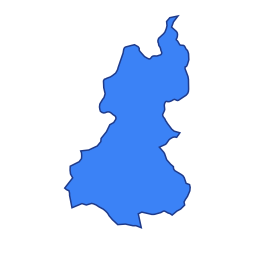 the District of Wangdi Phodrang, rotated 349°
{"feature_id": "BTN-2487", "entity_name": "Wangdi Phodrang", "entity_type": "District", "adm_level": 1, "iso_a3": "BTN", "parent_name": "Bhutan", "parent_adm1": "", "projection": "albers", "projection_center": [90.204, 27.588], "detail": "fine", "context": "isolated", "style": "filled", "palette": "blue", "viewbox_px": 256, "rotation_deg": 349, "n_neighbors": 0, "source": "natural_earth", "source_scale": "10m", "svg_char_len": 2995}
<svg xmlns="http://www.w3.org/2000/svg" viewBox="0 0 256 256"><g transform="rotate(349 128 128)"><path d="M137.5,217.8L135.0,217.4L125.5,213.2L121.7,214.2L122.0,228.4L117.2,225.4L114.3,224.9L107.1,221.8L99.5,220.9L95.2,215.0L92.8,210.7L91.9,208.2L91.4,207.2L90.1,205.2L88.3,203.0L84.3,199.7L82.1,197.5L79.4,195.7L77.8,195.1L72.4,195.6L68.4,193.4L57.8,195.6L57.8,183.0L58.2,180.7L58.1,178.6L57.8,178.1L57.3,177.8L55.8,176.7L54.4,174.9L64.2,166.4L62.8,162.2L63.1,158.3L64.0,154.5L73.6,151.8L76.5,149.2L77.2,146.6L77.5,144.4L77.6,143.4L77.2,141.5L77.5,141.5L85.1,142.1L85.3,142.1L94.4,139.8L98.7,136.2L99.6,133.1L106.1,127.6L110.8,121.3L115.0,119.9L117.6,117.2L118.1,116.0L118.0,114.4L117.4,113.5L115.9,112.0L114.4,110.1L113.1,108.9L111.8,108.4L110.5,108.3L108.1,108.7L106.8,108.5L105.5,107.8L104.1,106.3L103.9,104.2L104.0,101.9L104.5,100.4L104.9,99.2L105.7,98.2L108.5,95.1L110.3,93.5L112.1,90.0L111.9,83.8L112.9,77.1L113.4,76.4L114.2,75.6L115.0,75.6L115.8,75.4L116.8,75.1L120.5,74.5L122.5,73.7L126.3,71.8L127.9,70.0L129.1,68.4L129.8,66.9L137.5,53.5L138.8,50.0L139.6,48.8L140.5,48.2L141.3,48.0L147.4,47.6L150.3,47.5L153.4,50.1L154.0,51.3L154.2,52.2L154.0,52.8L153.9,53.3L153.9,53.9L154.3,55.1L157.9,61.1L160.4,63.3L161.9,64.3L163.0,64.2L163.9,63.6L165.0,62.6L166.1,62.2L167.3,62.2L169.8,62.8L170.9,62.8L172.1,62.6L174.0,62.4L175.0,61.7L175.5,60.6L175.4,59.4L175.1,58.1L175.1,56.1L174.9,55.2L174.6,54.1L174.1,53.2L174.0,52.2L174.1,50.6L173.8,49.4L174.1,47.7L175.2,45.8L180.9,42.3L182.6,40.8L184.6,37.7L185.8,35.0L186.2,30.8L189.0,28.6L190.1,27.7L198.4,27.6L192.9,32.5L190.0,37.3L194.0,42.6L194.5,44.0L194.5,45.5L194.0,47.3L193.5,48.4L193.0,49.2L192.5,49.7L192.3,50.1L192.2,50.6L192.4,51.0L193.0,51.7L193.5,52.7L194.0,54.3L194.5,55.6L194.9,56.4L195.4,56.7L197.6,57.3L198.2,57.5L198.7,57.9L199.2,58.7L199.5,59.6L199.9,61.2L200.3,62.0L200.8,62.7L201.2,63.5L201.4,64.7L201.6,66.7L200.7,72.7L198.6,76.7L197.5,78.3L196.5,78.9L195.9,78.8L195.5,79.8L195.3,80.7L196.7,88.9L196.6,91.9L194.9,101.5L194.2,103.8L193.2,105.4L191.3,106.9L182.9,110.4L182.0,110.5L181.1,110.1L179.3,108.8L178.3,108.8L177.3,109.1L176.0,109.6L174.5,109.9L173.4,110.0L172.8,109.9L172.1,109.8L171.4,109.4L170.8,109.2L170.1,109.3L169.5,109.8L168.7,110.8L168.3,111.6L167.9,112.9L167.6,116.7L167.0,118.0L164.6,121.3L164.5,122.7L164.8,123.9L165.7,125.6L166.0,126.5L166.2,127.3L166.3,127.9L167.1,129.7L167.4,130.7L170.7,137.5L172.7,139.9L178.0,142.6L176.1,144.5L175.2,145.2L174.6,145.9L174.2,146.3L173.6,146.4L172.6,145.8L171.5,145.7L170.1,145.7L167.7,146.5L166.1,147.3L162.9,150.4L161.8,151.2L155.1,152.8L158.4,158.5L159.0,160.1L159.9,166.5L162.9,171.7L165.2,174.6L165.0,175.4L165.1,176.2L164.9,176.9L165.3,177.8L166.0,179.0L171.6,184.0L172.9,185.5L173.7,187.5L174.5,193.4L177.6,195.3L177.7,198.1L176.7,201.5L173.3,206.5L170.7,209.1L168.9,211.3L168.9,214.5L164.2,217.6L160.1,218.9L154.7,221.9L153.0,220.1L151.0,219.0L148.3,216.7L147.6,216.4L146.7,216.4L144.0,217.3L137.5,217.8Z" fill="#3b82f6" stroke="#1e3a8a" stroke-width="1.5"/></g></svg>